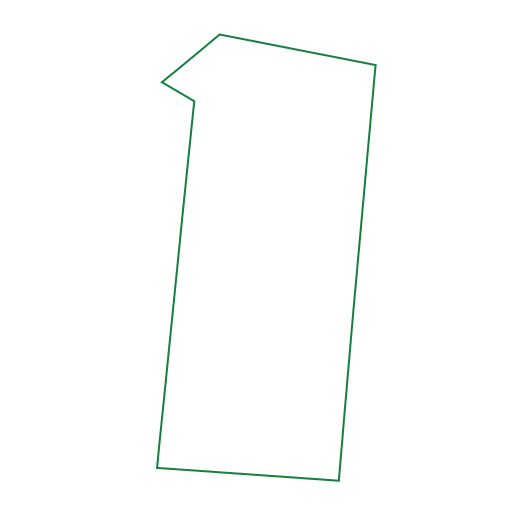 9 de Julio, Río Negro, Argentina, rotated 4°
{"feature_id": "61730980B80423249669200", "entity_name": "9 de Julio", "entity_type": "district", "adm_level": 2, "iso_a3": "ARG", "parent_name": "Argentina", "parent_adm1": "Río Negro", "projection": "mercator", "projection_center": [-67.548, -40.906], "detail": "fine", "context": "isolated", "style": "outline", "palette": "green", "viewbox_px": 512, "rotation_deg": 4, "n_neighbors": 0, "source": "geoboundaries", "source_scale": "gbopen_adm2", "svg_char_len": 458}
<svg xmlns="http://www.w3.org/2000/svg" viewBox="0 0 512 512"><g transform="rotate(4 256 256)"><path d="M354.3,474.4L354.3,474.0L354.7,446.0L354.9,434.5L355.2,411.2L356.9,306.7L358.7,218.7L361.6,74.4L362.0,57.2L204.2,37.6L184.9,56.2L165.8,74.4L150.0,89.2L183.6,105.9L180.3,206.2L179.6,227.2L179.1,244.8L174.5,394.7L174.3,400.9L173.3,431.9L172.9,444.2L172.1,473.4L172.0,473.7L172.0,474.3L354.3,474.4Z" fill="none" stroke="#15803d" stroke-width="2"/></g></svg>